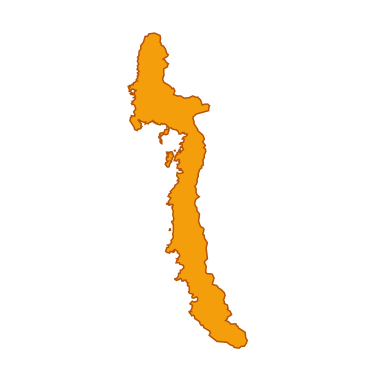 the district of Gorontalo Utara, Gorontalo, Indonesia, rotated 247°
{"feature_id": "22746128B78667545948550", "entity_name": "Gorontalo Utara", "entity_type": "district", "adm_level": 2, "iso_a3": "IDN", "parent_name": "Indonesia", "parent_adm1": "Gorontalo", "projection": "robinson", "projection_center": [122.789, 0.865], "detail": "fine", "context": "isolated", "style": "filled", "palette": "amber", "viewbox_px": 384, "rotation_deg": 247, "n_neighbors": 0, "source": "geoboundaries", "source_scale": "gbopen_adm2", "svg_char_len": 6095}
<svg xmlns="http://www.w3.org/2000/svg" viewBox="0 0 384 384"><g transform="rotate(247 192 192)"><path d="M96.4,178.1L98.2,175.5L99.4,174.8L104.2,178.7L108.3,178.5L109.4,177.3L110.8,174.1L112.8,173.2L118.1,176.1L122.3,175.8L123.6,177.4L124.5,180.1L134.8,183.1L139.3,186.3L144.3,185.4L147.5,186.3L148.7,185.4L153.1,188.5L154.5,188.3L156.9,186.3L162.5,186.6L168.8,190.3L173.1,189.2L175.5,190.3L178.6,189.6L180.5,190.0L183.8,192.6L184.8,196.9L187.1,195.6L190.1,195.6L193.4,197.1L196.1,196.7L197.3,199.0L199.3,200.7L201.9,201.7L204.0,203.9L206.0,204.6L209.7,207.8L210.4,210.4L211.9,210.7L212.4,212.9L217.6,214.9L218.8,216.7L221.2,217.7L224.0,220.6L226.2,221.1L228.3,220.1L229.5,222.5L234.1,221.4L235.5,223.7L236.6,224.2L240.4,224.1L246.3,221.2L247.2,221.7L254.4,220.5L255.7,221.4L258.7,221.4L260.7,222.4L262.1,226.4L260.4,239.1L263.5,240.7L264.4,241.9L266.8,240.8L268.0,237.6L268.1,235.4L273.4,235.8L277.1,234.3L277.7,232.5L280.1,230.3L280.0,225.7L281.6,221.2L284.7,219.3L286.2,215.9L289.0,213.1L291.8,215.8L294.8,215.6L295.1,213.8L296.6,213.8L299.4,212.4L303.8,209.0L306.7,208.9L308.3,209.6L310.3,211.7L316.3,214.0L316.9,218.4L318.3,218.9L319.1,220.4L321.6,218.9L323.6,218.8L325.6,217.3L326.5,222.3L327.6,223.8L329.5,222.9L333.9,223.4L337.5,222.7L339.2,221.1L341.3,221.6L342.5,221.1L345.7,223.1L348.6,223.7L352.9,219.6L354.4,214.0L352.7,212.1L353.6,209.7L348.9,205.9L346.6,201.8L343.6,200.8L342.2,198.3L338.2,196.3L337.3,194.5L335.5,194.7L333.7,192.8L330.3,192.9L329.6,191.1L327.4,190.7L326.6,189.4L325.9,189.4L325.7,190.1L323.5,190.3L323.0,188.3L321.3,188.9L321.1,188.1L319.9,187.9L320.0,186.9L318.1,186.5L317.3,184.7L315.8,184.9L316.3,184.4L315.2,182.4L315.5,181.0L313.8,179.8L314.6,179.3L313.9,177.8L314.4,176.5L313.2,176.2L314.2,175.6L314.2,174.5L310.5,174.3L309.1,173.5L308.3,175.0L310.2,176.1L310.0,177.3L309.3,178.5L308.0,178.9L307.7,180.2L307.2,180.2L306.5,178.0L305.5,177.5L305.8,176.2L306.9,175.5L306.7,173.6L305.5,174.0L305.4,175.0L304.4,175.7L304.2,177.2L302.2,177.3L301.7,175.1L300.8,176.4L300.0,176.5L298.7,173.5L298.9,172.3L297.9,172.6L297.2,170.8L295.9,171.0L295.7,172.2L294.3,173.1L290.4,172.7L288.5,169.5L285.7,169.8L284.2,168.9L286.0,166.0L284.5,165.6L284.7,164.6L281.8,162.7L274.1,164.1L272.0,163.6L270.0,165.5L271.1,167.3L270.3,169.3L271.0,170.4L271.8,170.3L271.9,171.4L272.8,170.9L274.5,171.9L279.2,170.5L279.5,171.3L276.7,173.0L274.6,175.5L274.5,176.5L272.9,175.5L273.1,177.0L271.8,178.3L272.8,180.2L272.4,181.5L273.1,183.6L271.8,183.5L271.6,184.9L270.4,184.3L270.1,185.3L269.2,185.4L269.1,186.6L268.0,186.4L266.2,189.2L267.0,190.1L266.9,191.0L265.8,191.3L265.7,193.2L263.4,194.9L261.8,194.4L262.2,195.1L261.6,195.6L259.7,195.1L259.4,197.7L257.6,198.4L255.3,201.8L253.0,203.0L250.5,202.7L249.8,204.4L250.4,206.5L249.5,206.8L249.9,207.9L248.2,208.0L247.3,210.3L246.2,209.7L245.5,207.5L245.9,205.7L245.0,204.2L244.5,203.8L244.2,205.2L243.3,205.3L241.2,203.6L241.7,201.0L241.0,199.3L240.3,199.8L240.9,201.2L239.7,201.6L238.4,201.0L237.6,198.6L237.0,198.7L237.5,200.6L234.3,200.7L234.2,199.2L232.5,196.4L233.2,196.2L235.3,197.7L236.1,197.1L233.7,194.3L233.8,193.4L232.2,193.5L232.4,192.0L228.6,188.3L227.9,187.9L227.6,188.9L226.6,189.5L227.3,192.1L226.6,193.0L226.0,192.9L225.1,191.6L224.0,192.2L222.9,190.5L223.2,189.1L222.1,189.2L219.9,187.6L218.8,189.0L218.1,188.9L218.0,190.5L217.3,191.0L216.7,189.3L215.5,191.4L213.3,191.4L213.9,187.4L215.6,185.9L212.9,184.3L209.6,185.2L208.1,182.8L207.0,184.0L205.5,182.1L204.8,178.8L203.5,178.1L200.9,172.2L199.4,172.4L199.1,170.1L197.9,169.4L197.3,168.2L194.8,170.3L192.2,166.3L190.4,166.5L190.2,165.9L191.4,164.4L190.9,163.9L188.6,166.0L188.5,169.1L187.2,169.5L186.6,168.2L185.4,168.1L185.3,167.3L181.5,167.2L178.5,165.4L174.8,164.9L172.6,163.3L172.8,161.8L170.4,161.6L170.4,162.2L169.5,162.2L162.7,159.3L161.1,157.9L157.9,157.1L156.7,156.3L155.7,153.8L153.6,153.5L152.2,150.7L152.6,148.9L151.9,149.4L150.3,148.8L150.7,147.1L147.7,144.6L146.2,145.3L144.5,147.5L145.8,148.6L144.8,150.0L145.9,153.9L142.7,155.5L141.9,154.8L140.1,156.0L138.1,155.8L137.3,155.3L137.2,153.9L136.2,153.4L136.5,151.9L135.3,152.6L134.8,151.2L133.0,149.7L131.9,152.7L130.4,152.5L128.0,155.3L125.6,155.0L124.3,152.1L124.5,150.7L122.0,149.5L122.3,147.8L120.7,147.3L118.5,144.7L118.8,142.3L118.4,142.1L116.7,143.1L116.5,146.3L117.1,147.6L116.3,148.2L114.2,147.9L113.4,148.9L113.9,149.7L113.3,152.0L111.9,151.6L109.8,152.9L109.2,151.8L107.4,151.3L107.0,152.2L105.5,152.3L101.9,150.8L101.5,149.9L99.8,150.1L97.4,153.2L96.6,152.7L96.1,151.3L94.7,150.7L93.6,151.8L93.8,155.3L92.2,155.7L89.6,154.6L89.7,151.3L91.4,149.6L89.9,146.4L87.5,148.1L84.8,146.4L82.9,143.8L82.5,144.1L83.1,142.7L81.6,142.4L80.9,143.1L78.2,143.3L78.1,145.0L76.9,145.7L74.4,145.1L69.6,148.4L68.3,147.9L65.6,148.4L65.0,150.1L62.5,149.9L57.4,153.7L55.3,154.0L53.4,151.8L44.7,156.6L39.9,165.5L36.6,167.3L34.2,169.8L32.5,170.1L31.2,172.0L29.9,174.5L30.7,176.8L29.6,180.0L31.6,183.0L33.9,184.9L36.9,184.5L42.1,186.1L48.6,181.7L50.3,181.7L51.8,180.7L53.5,180.9L55.2,176.2L58.6,174.8L60.6,172.6L61.5,175.0L62.9,175.9L63.6,180.5L67.3,180.5L70.0,178.6L70.7,179.7L74.1,180.4L76.8,178.2L78.0,178.9L80.1,178.8L84.1,182.2L86.7,182.3L90.9,180.7L92.6,179.2L96.4,178.1ZM228.0,178.2L224.7,179.0L224.1,180.5L227.0,183.0L227.9,185.0L229.0,184.5L229.5,186.2L231.1,187.2L231.7,189.0L232.9,189.5L234.5,188.5L235.1,189.5L236.8,189.3L237.4,187.7L236.6,186.8L237.3,186.7L237.0,185.7L238.1,185.5L238.5,184.2L237.8,184.4L237.1,183.6L235.6,184.6L234.6,184.2L234.8,183.0L234.2,182.4L233.5,183.3L233.3,181.7L232.1,181.1L230.4,181.0L229.6,182.2L228.8,179.9L229.2,179.3L228.0,178.2ZM249.6,182.2L248.3,183.0L249.3,183.7L250.5,183.5L251.0,184.4L253.9,184.0L255.4,185.0L256.3,188.3L254.9,190.5L254.8,192.2L258.1,195.2L259.1,195.0L258.8,194.8L259.3,193.2L259.8,193.2L259.8,191.2L257.6,189.5L258.6,185.8L258.1,184.8L256.8,184.8L256.0,183.0L254.5,182.8L252.7,183.8L251.6,182.4L249.6,182.2ZM167.3,157.5L166.0,156.8L165.5,155.5L165.3,157.4L167.3,157.5ZM143.9,151.4L143.9,152.6L144.7,152.8L144.7,152.1L143.9,151.4ZM236.9,192.0L236.4,192.3L237.5,193.2L237.2,192.8L236.9,192.0Z" fill="#f59e0b" stroke="#b45309" stroke-width="1.5"/></g></svg>